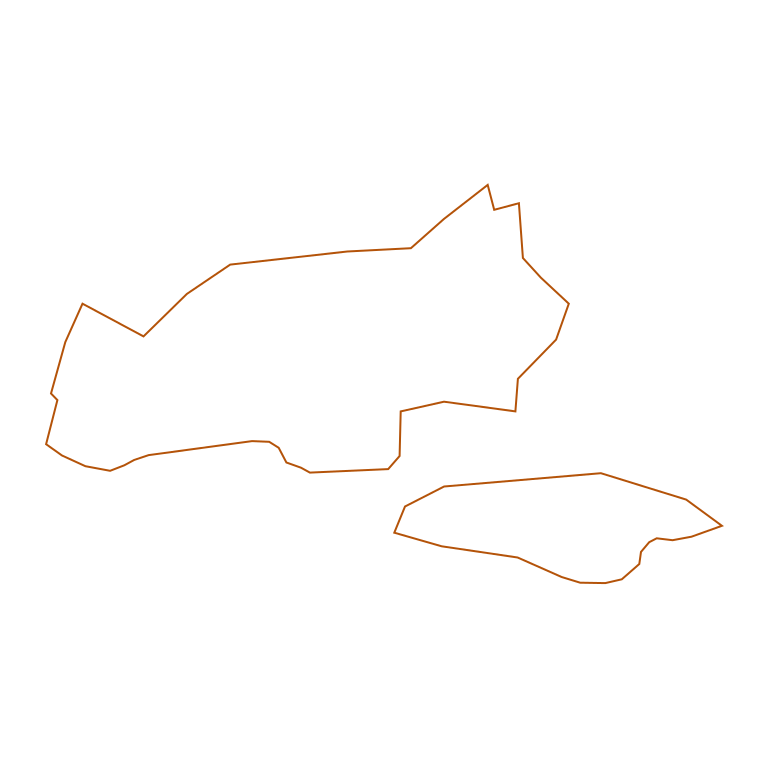 the border of Olaines
{"feature_id": "LVA-5772", "entity_name": "Olaines", "entity_type": "Municipality", "adm_level": 1, "iso_a3": "LVA", "parent_name": "Latvia", "parent_adm1": "", "projection": "robinson", "projection_center": [24.009, 56.777], "detail": "fine", "context": "isolated", "style": "outline", "palette": "amber", "viewbox_px": 768, "rotation_deg": 0, "n_neighbors": 0, "source": "natural_earth", "source_scale": "10m", "svg_char_len": 805}
<svg xmlns="http://www.w3.org/2000/svg" viewBox="0 0 768 768"><path d="M487.7,184.9L494.2,209.8L518.9,203.2L522.9,258.0L540.8,277.6L568.8,303.7L556.1,339.6L517.9,378.8L515.4,411.4L444.0,401.7L400.7,411.4L399.6,456.0L388.2,469.1L309.9,472.6L301.0,467.7L286.4,462.5L278.7,447.8L269.2,441.8L252.1,441.1L148.7,455.1L134.3,459.9L124.3,465.3L110.1,470.8L85.4,466.2L62.0,455.5L46.1,444.2L57.4,400.1L51.0,393.5L65.3,342.1L82.5,303.7L143.5,336.4L186.9,293.9L230.2,264.6L347.3,251.5L410.9,248.2L444.0,218.9L487.7,184.9ZM721.9,525.8L691.5,536.7L672.6,540.2L656.7,538.3L649.2,542.2L641.0,551.9L639.3,564.0L621.8,579.3L605.3,583.1L580.2,582.7L561.6,577.0L517.6,557.5L441.7,546.3L394.3,532.7L405.0,506.5L444.1,486.5L600.9,473.2L661.6,492.0L686.2,499.6L721.9,525.8Z" fill="none" stroke="#b45309" stroke-width="2"/></svg>